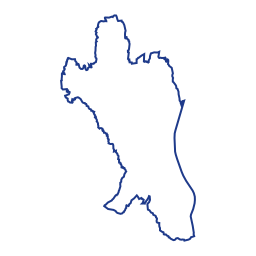 Kota Bogor, Jawa Barat, Indonesia (Robinson projection)
{"feature_id": "22746128B63896883204987", "entity_name": "Kota Bogor", "entity_type": "district", "adm_level": 2, "iso_a3": "IDN", "parent_name": "Indonesia", "parent_adm1": "Jawa Barat", "projection": "robinson", "projection_center": [106.783, -6.595], "detail": "fine", "context": "isolated", "style": "outline", "palette": "blue", "viewbox_px": 256, "rotation_deg": 0, "n_neighbors": 0, "source": "geoboundaries", "source_scale": "gbopen_adm2", "svg_char_len": 5694}
<svg xmlns="http://www.w3.org/2000/svg" viewBox="0 0 256 256"><path d="M112.7,16.5L112.6,17.0L111.7,16.7L109.1,17.6L105.1,17.5L104.9,17.7L105.0,18.7L106.2,20.5L106.3,21.2L105.0,21.1L103.8,21.4L101.1,21.0L99.2,22.1L98.5,23.2L98.0,25.1L97.9,26.1L98.3,26.5L98.2,27.1L97.4,27.5L96.7,28.6L96.2,28.9L96.6,29.7L96.0,30.4L95.6,31.6L96.6,32.6L95.9,33.9L95.9,34.4L96.6,35.3L96.8,36.2L97.9,37.3L97.7,37.8L97.0,38.0L96.5,38.8L96.1,40.0L96.3,41.1L96.7,41.5L95.8,42.2L96.0,45.8L95.6,46.8L95.5,50.6L95.1,53.0L95.6,55.2L95.3,56.6L95.5,56.8L95.7,57.8L96.4,58.4L96.5,59.1L95.9,62.1L94.2,62.9L94.0,63.5L93.4,63.8L91.0,63.8L91.5,67.3L91.3,67.4L90.7,67.3L90.0,66.6L90.4,66.2L89.1,65.0L89.6,66.9L87.9,68.1L87.7,69.5L87.0,70.0L86.3,70.1L85.5,68.9L85.3,66.8L85.1,65.9L84.5,65.4L83.8,65.7L83.4,67.8L82.7,68.8L82.2,69.0L80.9,68.9L79.5,67.6L78.7,64.4L78.4,64.0L78.1,63.9L77.1,64.8L76.4,64.7L76.6,62.5L75.3,61.0L75.0,59.2L71.9,59.3L68.2,57.9L67.9,58.1L67.8,59.3L67.3,59.5L67.0,61.4L66.8,61.4L66.7,62.1L66.4,62.1L66.3,62.7L66.6,62.7L66.4,63.9L66.2,63.9L65.9,65.6L64.1,67.1L64.2,68.7L64.5,68.8L65.0,68.3L64.7,69.2L63.8,71.0L63.1,71.3L63.4,72.7L64.3,73.1L64.6,74.1L64.0,74.1L62.4,73.0L61.9,73.7L61.9,76.6L61.6,79.6L61.8,79.9L61.8,80.4L61.1,80.8L61.7,86.7L61.6,88.1L62.9,89.5L66.8,89.1L66.8,90.6L67.5,90.1L67.9,90.3L67.3,91.6L67.4,92.0L68.8,91.7L69.6,92.0L69.6,92.7L68.8,94.4L67.6,94.6L66.6,95.3L65.1,95.7L65.3,96.5L65.8,97.5L67.7,98.6L67.6,100.0L68.2,101.5L69.0,101.7L70.0,102.5L72.3,102.7L72.6,102.2L71.9,101.5L71.9,100.9L72.3,99.2L72.7,99.4L72.7,100.1L73.2,100.0L73.6,100.2L74.1,99.1L74.5,99.3L74.6,98.9L75.1,99.0L75.2,98.0L77.8,97.3L78.5,97.5L80.6,99.0L82.5,102.3L83.4,102.9L84.8,103.0L85.2,103.8L86.2,104.0L86.5,104.5L86.6,105.9L88.3,106.4L88.7,108.0L89.4,108.9L90.9,109.4L91.3,110.8L92.3,110.7L92.8,111.0L92.9,111.6L94.2,111.8L94.1,112.1L93.7,112.4L93.9,113.8L94.8,114.7L94.8,115.7L95.6,116.3L96.0,117.2L95.8,117.5L95.2,117.2L95.0,117.4L96.1,118.6L96.8,119.8L96.9,120.9L96.7,121.5L97.5,122.2L98.0,123.5L98.0,124.7L98.4,126.0L98.2,127.4L99.4,128.5L99.6,128.2L101.1,128.1L102.5,128.7L102.6,129.3L102.3,129.9L102.5,130.4L102.9,129.9L103.3,130.2L104.0,132.2L104.0,132.7L105.3,132.8L105.8,133.6L106.7,133.6L106.9,134.3L106.8,135.0L107.3,135.1L107.4,134.7L107.6,135.0L107.0,136.0L107.8,136.5L107.7,138.3L108.1,139.1L108.6,139.2L108.8,139.7L108.7,140.3L108.3,140.8L108.3,141.4L108.8,142.5L108.6,143.3L110.3,144.0L112.5,143.9L113.0,144.3L113.3,145.5L113.4,148.6L114.1,149.7L113.9,151.5L116.0,150.7L115.9,152.2L117.3,153.6L117.5,154.8L118.4,155.8L118.5,156.8L118.1,159.1L119.1,159.5L119.0,161.3L119.3,161.6L119.1,162.6L120.6,163.1L120.8,163.7L120.6,164.2L121.3,164.8L121.6,166.2L121.5,167.4L122.1,167.6L122.7,166.9L123.0,167.1L122.8,167.8L123.3,168.1L123.5,167.8L124.4,168.0L124.4,168.5L125.6,170.1L125.8,171.3L126.1,171.5L124.4,174.2L123.9,176.7L122.3,177.9L121.3,179.7L121.2,181.8L120.3,182.7L120.4,183.2L120.2,183.9L120.4,186.4L119.2,190.2L118.8,190.9L118.6,192.1L117.5,194.5L116.8,194.7L116.6,195.2L116.1,195.1L115.4,195.7L113.3,198.8L112.4,199.5L111.7,200.5L107.9,202.5L105.6,204.8L104.7,205.2L104.2,206.1L108.1,209.0L113.5,209.9L115.6,211.0L116.6,212.4L117.6,213.0L120.5,213.8L122.2,213.4L123.2,212.3L123.8,212.2L124.2,211.1L124.9,210.5L125.7,208.3L126.2,208.0L126.3,205.7L126.5,205.3L128.4,206.1L128.7,205.9L128.9,205.5L128.8,205.0L129.3,204.2L130.6,203.2L131.5,200.3L134.1,198.4L136.8,195.4L137.9,196.8L139.1,199.0L140.6,198.3L141.4,198.7L141.6,198.2L143.7,199.8L142.8,202.8L142.1,203.5L143.3,203.5L143.5,203.2L144.7,203.6L144.9,202.5L145.5,202.5L146.4,200.6L147.7,199.4L147.8,198.5L148.4,197.9L149.0,196.1L149.7,196.4L150.0,199.9L149.1,202.2L147.9,203.4L147.4,204.3L147.9,209.6L149.5,210.3L151.0,212.5L152.8,213.2L153.3,214.8L155.3,215.7L155.9,216.3L156.0,217.4L156.9,218.3L157.0,218.9L156.6,220.5L156.7,221.9L157.3,222.6L159.3,223.0L159.2,224.7L159.4,226.7L160.0,228.0L160.0,230.4L162.4,232.0L163.4,232.2L163.6,232.8L163.8,234.3L164.9,234.6L165.8,234.4L167.1,235.7L168.4,236.2L168.7,237.4L169.5,237.4L170.5,238.6L173.4,240.1L174.4,240.0L175.2,239.6L176.2,238.4L177.8,238.1L179.8,239.4L181.3,239.7L182.5,239.5L184.1,239.7L184.4,240.6L188.6,239.6L190.2,238.7L190.9,237.3L194.2,236.2L193.6,234.1L193.8,232.8L192.7,225.8L190.7,216.5L191.0,214.6L193.2,209.0L194.6,203.3L194.9,200.0L194.8,196.7L193.9,193.3L192.7,190.7L186.1,180.8L183.3,175.7L181.6,171.7L177.1,158.9L175.8,154.7L175.1,151.7L174.5,138.0L174.7,133.4L175.4,130.5L184.1,100.7L183.3,101.0L182.5,101.1L182.2,102.0L182.4,102.6L181.7,103.6L181.3,104.8L180.7,103.1L180.6,101.8L179.8,100.9L179.6,100.4L179.5,98.4L178.6,94.2L178.5,91.7L177.5,88.9L176.4,88.3L176.1,85.9L175.6,85.0L173.5,82.2L172.8,81.7L172.8,78.8L173.1,78.0L172.3,76.3L172.3,75.0L172.9,73.4L171.7,67.8L169.2,65.9L168.5,64.5L168.0,64.1L168.3,61.3L168.2,60.0L167.8,59.6L167.0,61.1L166.3,61.7L166.0,61.5L165.8,58.5L165.2,57.6L164.7,57.8L164.5,59.1L164.1,58.8L164.0,57.9L161.7,58.0L160.6,57.7L159.3,58.0L158.9,57.7L158.4,56.8L158.4,56.3L158.7,55.2L159.2,51.8L157.7,52.5L154.1,52.4L150.9,53.4L150.0,56.2L149.9,58.3L148.7,60.4L148.7,61.8L148.1,61.7L148.0,62.4L146.8,62.0L146.2,61.4L145.7,61.6L145.3,61.3L144.5,61.8L143.9,61.5L144.2,54.1L141.7,55.5L138.5,57.9L138.1,57.9L137.0,59.2L136.6,59.3L136.6,63.0L131.9,63.7L131.8,62.5L129.6,62.3L129.6,60.9L128.9,60.6L129.3,59.4L128.0,58.9L128.8,52.6L128.0,52.3L127.9,51.2L127.9,50.7L128.5,50.6L129.0,49.1L129.6,43.9L129.2,42.6L129.2,41.3L128.4,40.7L128.6,40.2L128.5,39.7L127.3,38.9L126.7,38.1L126.5,36.3L125.7,38.4L125.3,38.3L125.1,37.8L125.0,34.0L125.2,32.0L125.6,30.9L124.3,25.1L123.0,22.4L122.4,21.8L121.8,21.7L121.6,20.6L118.1,21.0L117.4,19.5L116.6,16.5L116.1,15.5L114.5,15.4L114.0,15.6L113.2,16.5L112.7,16.5Z" fill="none" stroke="#1e3a8a" stroke-width="2"/></svg>